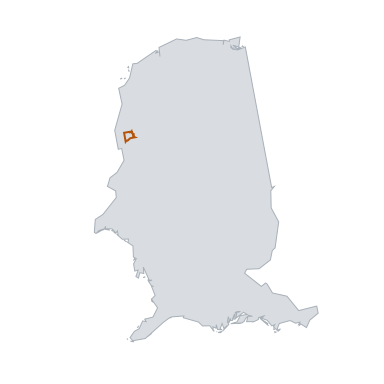 Graham, Arizona, United States of America (highlighted), rotated 80°
{"feature_id": "52423323B31038299720868", "entity_name": "Graham", "entity_type": "district", "adm_level": 2, "iso_a3": "USA", "parent_name": "United States of America", "parent_adm1": "Arizona", "projection": "orthographic", "projection_center": [-110.126, 33.039], "detail": "fine", "context": "in_parent", "style": "outline", "palette": "amber", "viewbox_px": 384, "rotation_deg": 80, "n_neighbors": 0, "source": "geoboundaries", "source_scale": "gbopen_adm2", "svg_char_len": 4565}
<svg xmlns="http://www.w3.org/2000/svg" viewBox="0 0 384 384"><g transform="rotate(80 192 192)"><path d="M311.1,116.6L327.3,107.5L326.0,89.0L333.3,88.8L338.6,98.2L345.4,102.8L340.5,108.1L341.0,110.0L338.9,108.3L339.2,112.8L335.6,117.7L336.7,128.9L341.5,131.8L343.2,130.4L341.9,128.8L342.9,129.4L344.0,131.3L339.0,135.2L337.0,133.5L337.7,136.7L331.4,140.2L327.9,146.2L327.6,143.8L326.5,142.5L327.3,148.4L329.1,148.8L330.4,153.5L329.2,160.7L324.1,158.5L324.9,154.0L323.3,157.5L325.9,161.2L328.3,163.0L329.6,165.5L328.5,176.7L327.7,170.2L322.1,165.9L322.2,159.0L319.4,162.1L323.8,170.5L319.4,169.1L318.3,169.8L318.4,166.6L318.0,165.8L317.6,168.4L318.2,170.3L324.7,171.8L324.1,173.8L320.6,171.6L319.6,171.4L323.8,174.0L325.4,174.3L325.4,176.8L323.2,175.7L326.9,178.2L326.4,178.8L324.6,177.6L321.0,177.9L326.2,179.7L328.8,178.7L334.2,185.9L329.7,180.5L331.9,184.3L326.7,185.2L331.6,188.0L332.9,186.2L331.9,190.7L326.8,191.1L330.3,192.0L328.4,194.8L331.8,195.1L326.8,197.8L325.8,204.8L321.2,208.2L314.3,222.4L312.7,221.5L311.5,232.9L311.8,235.5L315.3,242.7L328.2,263.4L328.2,276.3L324.5,278.2L319.2,272.9L317.4,267.7L310.4,263.0L311.7,259.7L309.0,260.6L308.4,252.2L300.1,246.0L290.4,250.5L287.6,246.3L277.5,248.3L278.4,246.2L277.0,248.4L272.5,250.3L271.8,246.7L271.5,249.4L257.5,253.0L263.9,253.6L262.4,257.4L267.5,259.7L265.5,261.9L259.6,258.6L259.9,262.1L252.6,262.0L247.9,258.4L245.8,261.0L234.9,259.5L229.4,265.1L230.8,263.6L227.3,262.8L226.4,268.9L220.4,273.6L221.7,272.2L217.4,272.2L219.1,274.0L214.4,277.1L213.1,283.8L210.7,283.0L212.9,284.5L213.8,290.4L216.2,293.7L214.8,295.2L202.2,292.0L198.6,283.6L184.3,267.5L177.7,267.0L171.8,274.3L163.7,270.2L159.7,262.4L149.0,253.4L137.0,253.7L137.1,257.2L117.8,257.4L93.3,245.6L77.1,246.2L75.3,240.0L68.9,233.7L55.5,228.0L55.8,223.7L46.5,203.3L47.1,201.4L49.1,204.1L48.1,199.8L53.0,200.0L43.9,199.4L38.6,180.6L41.6,171.4L40.7,160.5L44.1,154.0L48.4,134.7L52.4,135.7L48.0,134.1L50.2,129.1L48.6,128.9L47.7,117.7L57.3,120.8L54.5,126.3L58.3,122.6L57.3,127.4L54.7,128.3L56.4,128.7L58.6,126.9L60.0,122.1L58.4,114.3L201.4,112.8L200.8,109.9L204.5,114.2L221.4,116.8L236.5,111.8L261.5,119.9L263.6,123.1L272.5,126.6L279.2,139.2L277.6,151.5L281.1,154.3L297.0,140.1L294.4,135.4L295.7,134.0L305.4,130.3L311.1,116.6ZM334.3,141.6L337.0,139.8L328.1,147.1L334.9,139.9L334.3,141.6ZM58.4,119.1L59.3,122.2L59.1,122.7L57.7,120.2L58.4,119.1ZM215.9,292.7L213.8,287.7L213.6,284.8L214.1,287.8L215.9,292.7ZM341.3,108.1L342.0,109.6L341.4,109.5L341.3,108.1ZM248.3,259.9L248.8,261.1L247.5,260.3L248.3,259.9ZM60.4,233.4L62.0,232.9L62.1,233.1L60.4,233.4ZM58.7,232.8L58.0,233.6L57.5,232.8L58.7,232.8ZM341.7,134.3L341.3,135.6L341.0,135.5L341.7,134.3ZM214.2,281.9L213.5,284.4L215.3,279.5L214.2,281.9ZM324.3,256.5L326.7,260.6L323.9,256.1L324.3,256.5ZM68.3,238.0L68.9,239.3L68.2,238.1L68.3,238.0ZM329.0,276.8L328.1,278.6L329.5,275.0L329.0,276.8ZM335.5,188.6L334.9,190.7L334.4,186.3L335.5,188.6ZM57.5,116.4L57.4,117.3L56.9,116.8L57.5,116.4ZM219.3,274.9L217.1,276.3L219.3,274.6L219.3,274.9ZM344.5,133.6L344.9,134.7L344.0,134.8L344.5,133.6ZM68.0,241.5L68.4,243.1L67.7,241.7L68.0,241.5ZM216.6,277.2L215.7,278.0L216.4,276.9L216.6,277.2ZM329.8,167.5L329.4,170.3L329.6,166.5L329.8,167.5ZM228.9,266.2L227.5,267.4L229.4,265.4L228.9,266.2ZM312.0,234.0L312.2,235.9L311.8,234.7L312.0,234.0ZM332.3,195.2L332.0,195.7L332.8,193.9L332.3,195.2ZM294.0,249.2L292.5,250.6L291.8,250.6L294.0,249.2ZM271.8,250.1L271.6,250.5L270.5,250.6L271.8,250.1ZM315.6,268.4L316.1,269.6L315.2,268.2L315.6,268.4ZM267.8,253.7L267.8,255.0L267.3,252.8L267.8,253.7ZM325.9,281.1L325.0,281.5L326.2,280.8L325.9,281.1ZM330.5,154.4L330.3,155.7L330.4,153.9L330.5,154.4ZM334.1,191.4L333.7,192.1L334.1,191.4Z" fill="#d9dde1" stroke="#a8b0b8" stroke-width="1"/><path d="M121.9,242.5L121.9,244.1L121.9,247.9L121.9,248.6L122.6,248.6L123.8,248.6L130.1,248.6L130.9,248.6L130.1,247.8L130.1,247.7L130.2,247.3L130.1,247.2L130.2,246.9L130.2,246.6L130.0,246.1L129.9,246.0L129.5,245.3L129.4,245.3L128.3,243.4L128.2,238.8L128.0,239.1L127.8,239.1L127.6,239.2L127.5,239.3L127.4,239.4L127.1,239.4L127.0,239.5L126.8,239.9L126.7,239.9L126.6,240.0L126.4,240.3L126.2,240.2L126.1,239.9L125.7,239.5L125.4,239.5L125.1,239.4L124.9,239.4L124.9,239.5L124.9,239.9L124.9,240.2L124.5,240.3L124.4,240.3L124.1,240.3L123.9,240.3L123.7,240.5L123.4,240.6L123.2,240.6L122.9,240.6L122.7,240.6L122.6,240.8L122.4,240.9L122.2,240.8L122.1,241.0L121.9,241.0L122.0,241.1L121.9,241.1L121.9,241.3L121.9,241.5L121.9,241.8L121.9,242.0L122.0,242.0L122.1,242.3L122.2,242.5L121.9,242.5L121.9,242.5Z" fill="none" stroke="#b45309" stroke-width="2"/></g></svg>